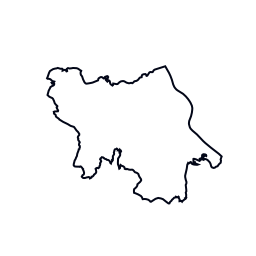 Sichevita, Caras-Severin, Romania (Natural Earth projection), rotated 235°
{"feature_id": "2599482B13579040818065", "entity_name": "Sichevita", "entity_type": "district", "adm_level": 2, "iso_a3": "ROU", "parent_name": "Romania", "parent_adm1": "Caras-Severin", "projection": "natural_earth1", "projection_center": [21.828, 44.711], "detail": "fine", "context": "isolated", "style": "outline", "palette": "ink", "viewbox_px": 256, "rotation_deg": 235, "n_neighbors": 0, "source": "geoboundaries", "source_scale": "gbopen_adm2", "svg_char_len": 5778}
<svg xmlns="http://www.w3.org/2000/svg" viewBox="0 0 256 256"><g transform="rotate(235 128 128)"><path d="M51.0,188.4L54.8,187.6L64.5,184.6L71.4,182.7L74.2,182.1L83.1,180.8L88.9,179.3L91.6,178.9L93.2,179.1L96.0,180.1L96.9,180.6L98.6,182.1L101.5,186.4L103.9,189.1L106.0,191.0L107.4,192.1L109.6,193.1L112.9,193.7L114.6,193.8L117.4,193.8L120.7,193.5L124.4,192.7L130.5,190.1L131.8,189.7L133.6,189.5L135.1,189.5L137.7,190.0L142.3,191.6L146.2,192.6L149.6,193.2L157.2,193.9L160.5,183.4L160.5,182.1L159.7,180.4L159.9,179.7L160.8,178.8L161.2,177.9L161.2,177.3L159.8,173.8L160.1,173.1L161.1,173.3L162.1,173.3L163.0,171.8L163.4,170.3L163.0,169.4L161.8,168.3L162.4,167.0L162.4,166.2L161.7,163.9L161.7,162.1L162.6,160.0L162.2,158.2L162.3,157.1L162.9,156.8L163.3,156.3L163.7,155.2L164.1,154.4L166.0,152.8L168.3,151.8L169.3,150.9L170.2,149.1L170.4,147.4L170.2,146.0L170.0,144.7L170.5,143.8L172.9,141.4L171.8,140.4L171.7,139.6L173.8,138.9L174.8,139.0L176.2,139.7L177.3,139.9L177.9,139.6L177.8,137.7L180.1,137.4L181.0,137.9L181.0,138.5L179.9,139.3L181.1,141.0L182.2,141.0L182.6,140.3L182.7,139.6L183.0,138.9L183.0,138.3L182.3,137.1L182.6,136.4L184.1,136.1L185.2,135.2L185.3,134.9L185.5,133.7L185.5,132.5L185.2,131.8L184.7,131.4L184.2,130.8L184.6,129.1L185.5,125.1L186.1,123.6L187.5,120.6L188.3,119.2L188.6,119.0L189.4,118.7L190.5,118.6L193.6,119.1L196.6,120.0L198.5,119.9L199.6,120.3L200.5,120.9L201.1,121.4L201.3,122.0L201.7,122.5L202.7,122.0L205.0,121.2L206.4,120.3L208.7,117.4L209.4,115.8L210.3,114.2L211.5,113.2L211.5,111.7L210.9,111.1L210.2,111.1L209.5,110.8L209.5,110.5L209.6,110.1L209.8,110.0L210.6,110.3L211.2,110.2L211.7,109.7L212.1,109.2L212.5,107.3L213.6,108.2L214.4,108.0L215.4,106.5L217.5,104.9L217.8,103.7L218.5,102.3L219.2,100.4L219.3,98.8L219.4,96.7L218.5,95.0L215.8,91.3L215.2,90.2L214.5,90.3L213.5,91.6L212.4,92.4L209.7,93.0L208.8,93.9L208.4,94.2L208.1,92.9L208.8,91.4L207.9,91.3L206.7,93.0L206.2,92.7L205.7,92.0L205.6,91.2L205.9,90.1L206.0,88.0L205.0,86.3L204.1,84.5L201.2,81.0L199.0,81.4L198.0,81.9L196.0,83.1L195.0,83.3L192.6,82.9L190.3,82.2L188.6,82.3L186.5,82.7L186.0,82.3L185.9,81.4L185.1,81.1L182.4,80.8L181.9,80.2L183.7,77.2L183.8,76.5L183.1,76.3L182.6,75.8L181.7,75.7L181.0,76.1L180.0,76.2L178.9,75.6L178.3,75.6L175.1,76.7L174.4,76.6L170.2,78.4L165.7,80.9L162.7,82.2L160.1,84.2L159.6,84.4L155.5,84.4L153.4,84.8L151.1,84.7L150.3,84.1L149.7,82.2L149.1,81.5L148.4,81.2L148.0,81.3L147.4,80.9L147.1,80.5L146.3,80.3L145.2,80.4L144.0,80.3L143.7,79.9L143.7,79.5L142.5,78.3L141.8,78.0L140.9,78.2L139.7,77.4L139.2,76.6L138.7,76.2L138.8,75.4L138.2,74.9L136.0,71.7L134.3,70.0L133.6,68.6L132.5,67.0L132.0,65.7L129.5,62.8L128.5,62.1L127.3,62.2L126.7,62.7L125.3,64.4L125.0,65.0L124.0,66.0L123.9,66.3L124.0,66.6L123.9,66.9L123.5,67.1L123.4,67.3L121.7,67.6L121.1,67.5L120.2,67.7L119.8,67.2L118.9,67.2L116.8,66.5L115.7,65.7L115.3,64.9L115.4,63.7L115.2,63.5L114.8,62.3L114.6,62.2L113.0,62.5L112.6,62.8L111.8,63.9L111.5,64.7L111.3,65.6L110.3,67.8L109.3,68.2L108.6,67.9L108.4,68.7L108.4,69.6L108.8,70.1L109.0,70.3L108.6,71.1L108.7,72.0L108.9,72.8L109.3,73.3L109.4,75.2L109.6,75.9L110.2,76.8L111.8,77.6L112.7,78.0L113.0,78.0L113.0,78.5L113.3,78.9L113.0,80.0L112.1,80.6L112.2,81.9L112.4,82.2L113.1,82.6L113.2,83.2L113.6,83.8L114.5,84.7L114.8,84.9L115.0,84.8L115.5,85.4L115.8,86.5L116.1,86.9L116.4,86.8L116.8,87.1L117.1,87.1L117.4,87.3L117.8,87.4L118.3,87.2L118.6,87.5L118.9,88.2L118.8,88.7L119.1,89.8L118.7,90.1L118.4,90.6L117.4,90.9L117.2,91.1L116.6,91.1L115.5,91.7L114.9,92.3L114.1,92.4L113.2,93.4L111.8,94.0L110.6,93.9L109.6,93.5L108.7,93.7L109.6,94.8L109.9,96.1L111.1,96.6L111.2,97.0L110.7,97.4L112.0,98.5L112.8,98.8L113.6,99.5L114.5,101.5L114.9,101.9L116.1,102.4L116.7,103.3L117.5,104.0L118.0,105.0L117.4,106.7L117.5,107.0L117.0,107.2L115.7,107.2L115.5,106.9L115.1,107.5L115.0,108.2L115.1,108.6L114.8,108.5L114.4,108.0L114.1,107.6L113.3,107.2L113.4,108.1L113.6,108.7L114.0,109.1L113.7,109.2L112.9,109.0L112.6,108.2L111.7,106.9L110.8,106.4L110.1,105.8L109.3,104.1L108.7,102.4L105.5,99.9L104.1,99.0L102.7,98.6L101.3,98.3L100.6,97.8L99.7,97.5L99.7,98.3L101.6,100.2L102.0,100.7L100.6,101.2L99.2,102.2L97.9,102.5L97.1,102.3L96.4,101.9L95.3,102.8L95.2,103.6L93.3,105.0L92.2,106.3L91.6,107.4L91.0,107.9L89.7,108.2L88.1,108.3L87.5,108.5L86.8,109.1L86.0,109.6L84.5,110.1L81.9,109.4L78.5,109.3L77.5,108.7L76.9,107.0L76.5,103.4L75.5,102.6L74.9,101.4L74.6,100.0L74.4,98.0L73.8,97.3L72.2,96.2L71.4,95.8L70.5,96.5L68.0,98.1L64.9,99.6L63.3,99.7L61.3,99.2L60.5,100.6L59.5,101.9L57.7,103.4L56.1,104.0L54.8,104.1L54.4,104.6L54.2,109.9L53.4,112.6L51.5,114.5L49.7,115.8L45.0,117.2L43.0,117.9L42.5,118.7L43.3,120.1L43.4,121.0L43.5,121.9L44.0,123.0L44.1,124.4L44.4,125.7L44.3,126.3L43.6,127.6L44.1,127.9L43.5,128.4L42.6,129.0L42.8,129.9L42.2,130.0L41.7,129.4L39.7,129.3L39.2,128.7L38.5,128.2L37.7,129.8L36.6,130.0L37.0,130.9L36.9,131.1L37.1,133.5L37.0,134.0L37.0,134.7L37.2,135.1L37.8,134.9L37.8,136.0L38.5,136.2L39.8,137.3L42.0,138.3L42.7,139.5L44.5,140.6L48.2,142.6L49.0,143.9L50.2,144.9L52.7,145.7L55.0,146.7L56.2,147.5L61.0,152.8L63.9,155.5L64.9,157.2L64.1,157.4L64.1,158.8L64.3,159.2L64.3,159.6L63.6,160.1L62.8,159.8L61.6,160.0L60.2,161.1L58.2,163.5L57.9,164.5L59.8,163.2L60.7,162.9L61.7,163.2L62.0,162.6L61.9,161.7L65.1,163.8L65.0,164.3L63.5,165.6L60.0,167.7L60.1,169.2L60.6,170.0L61.0,168.8L61.6,169.0L61.6,169.6L61.3,170.1L61.2,171.1L61.8,172.1L63.2,173.1L63.4,173.9L63.1,175.0L61.9,176.2L61.2,176.5L60.5,176.3L60.2,176.0L61.2,175.4L61.6,174.9L61.9,174.3L61.5,174.3L61.1,174.1L61.2,172.4L60.1,172.3L59.8,171.5L59.2,171.2L58.5,171.7L58.8,172.3L58.9,172.9L57.7,174.0L56.2,174.8L53.1,175.3L51.5,175.1L48.6,174.1L47.4,174.3L46.1,175.3L45.9,175.9L45.7,176.5L45.8,177.9L45.3,179.4L46.1,181.6L46.3,182.9L46.4,184.0L48.0,185.5L49.1,185.8L51.0,188.4Z" fill="none" stroke="#020617" stroke-width="2"/></g></svg>